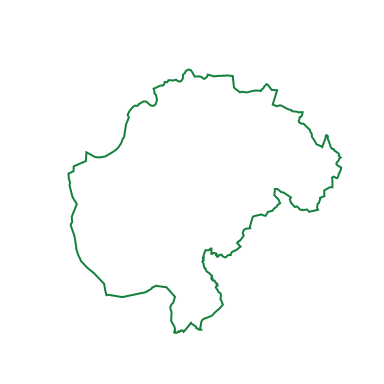 outline of Igabi, Kaduna, Nigeria, rotated 313°
{"feature_id": "59680162B83099166959131", "entity_name": "Igabi", "entity_type": "district", "adm_level": 2, "iso_a3": "NGA", "parent_name": "Nigeria", "parent_adm1": "Kaduna", "projection": "mercator", "projection_center": [7.565, 10.746], "detail": "fine", "context": "isolated", "style": "outline", "palette": "green", "viewbox_px": 384, "rotation_deg": 313, "n_neighbors": 0, "source": "geoboundaries", "source_scale": "gbopen_adm2", "svg_char_len": 5952}
<svg xmlns="http://www.w3.org/2000/svg" viewBox="0 0 384 384"><g transform="rotate(313 192 192)"><path d="M143.6,264.1L143.7,263.8L144.1,263.5L144.5,263.4L144.2,261.6L144.5,260.2L144.1,258.2L143.9,256.7L144.1,256.1L144.3,255.7L144.5,255.4L144.8,254.8L145.2,253.7L144.8,253.4L146.3,250.5L147.3,249.7L148.1,247.2L148.4,246.9L149.7,247.3L149.7,247.0L150.3,246.0L150.5,246.1L150.7,245.5L151.6,245.5L151.5,245.0L152.2,244.9L152.1,244.5L155.4,242.9L158.6,241.5L159.3,242.2L160.2,243.6L162.1,244.2L162.4,244.7L163.0,244.1L163.9,244.8L163.2,245.5L160.0,248.3L160.7,249.1L160.9,249.1L161.0,249.3L161.4,249.3L161.6,249.2L162.5,249.7L163.2,250.8L163.4,251.4L163.5,252.2L162.8,252.7L162.6,252.4L162.2,252.5L161.9,254.7L162.3,254.7L162.3,254.8L163.9,255.2L164.3,254.9L164.5,254.9L164.6,255.1L164.8,255.3L165.3,255.5L165.6,255.7L165.9,255.9L166.1,256.0L166.3,256.2L166.4,256.5L166.0,257.2L165.9,257.7L166.3,259.8L166.6,260.6L166.9,261.0L167.8,261.3L169.7,261.4L170.7,261.6L171.6,262.4L172.3,263.3L172.8,262.8L175.0,262.2L176.1,262.4L178.0,263.1L179.7,264.0L183.8,264.5L185.1,264.8L185.5,259.8L187.7,259.6L188.1,260.2L190.9,260.1L195.2,259.7L195.9,258.7L196.5,257.2L196.7,256.9L199.8,255.8L201.8,256.4L205.2,259.3L206.1,258.0L214.2,253.9L214.3,253.8L216.1,253.5L222.9,258.1L223.8,260.5L224.8,262.1L229.2,261.1L233.4,263.7L235.0,263.3L238.9,263.8L241.4,263.5L243.8,264.1L245.5,260.5L245.8,254.4L250.7,250.6L252.5,252.5L252.8,257.4L254.0,259.2L255.5,268.1L253.3,268.6L251.7,271.7L251.2,277.5L253.0,278.6L253.1,280.2L252.8,282.1L253.0,283.7L254.3,284.8L254.4,285.6L257.7,288.1L257.4,291.2L260.0,292.9L264.8,296.3L265.7,294.3L268.7,292.1L269.5,292.1L270.1,292.4L274.3,290.6L275.0,289.6L279.3,291.7L279.6,291.2L283.3,287.6L289.4,289.5L291.2,291.5L296.9,286.1L298.1,284.6L300.0,285.2L300.3,286.9L300.7,288.3L301.2,288.7L302.0,288.6L302.8,288.4L304.8,287.4L305.2,286.9L305.9,286.9L306.5,286.8L307.3,286.6L309.3,285.7L310.3,285.5L310.7,285.2L310.9,284.8L311.5,284.5L311.5,283.8L311.7,283.3L311.1,282.4L310.7,279.9L310.8,278.7L312.0,277.8L314.8,277.8L315.9,277.3L317.2,277.0L318.2,277.2L318.0,276.8L318.1,276.4L318.5,276.2L318.6,275.6L318.7,274.5L319.2,274.3L319.6,274.3L319.8,273.8L320.0,273.2L320.1,272.6L320.1,271.7L319.8,271.2L319.7,270.7L319.8,269.6L319.6,269.1L319.5,268.5L319.3,268.1L319.3,267.8L319.7,267.5L319.9,267.1L320.0,266.6L319.9,266.2L319.7,265.8L319.3,265.5L319.2,265.2L319.3,263.4L320.0,261.9L322.6,257.2L323.0,255.7L325.5,253.1L325.4,251.7L325.1,251.4L324.3,251.6L322.7,252.8L313.6,256.6L313.5,255.7L313.5,254.8L313.0,253.9L312.7,252.8L312.3,252.1L311.8,250.5L313.4,245.7L314.1,242.2L316.4,239.6L316.4,238.5L317.1,237.0L317.9,235.7L317.8,234.4L317.9,233.2L317.8,230.7L318.1,228.1L317.7,226.4L316.6,225.5L316.3,224.2L316.1,222.6L317.0,221.4L318.5,220.9L320.3,219.7L321.4,220.4L323.3,220.1L325.8,218.5L324.6,217.1L322.7,215.5L322.6,214.4L319.3,210.1L319.6,208.5L318.2,206.3L316.0,198.0L315.1,197.0L312.6,195.6L311.0,191.4L324.5,184.9L321.0,180.6L321.7,176.8L322.1,174.8L321.8,173.0L318.2,172.9L316.5,173.5L314.0,172.9L312.9,173.5L311.8,171.9L310.0,169.8L309.3,169.0L307.5,167.6L305.8,166.4L302.8,164.7L301.1,162.7L299.4,160.1L297.6,159.2L297.4,156.9L297.2,154.6L297.0,153.3L297.1,152.7L297.1,151.4L304.6,142.7L300.6,137.4L299.0,136.5L298.7,135.7L296.6,134.0L295.5,132.6L291.3,129.0L291.3,128.5L288.6,123.5L286.4,124.4L283.4,124.1L282.6,122.7L282.6,120.8L282.3,119.7L281.5,118.4L278.5,115.5L278.2,115.3L279.9,110.1L280.3,107.8L279.1,105.9L276.4,104.9L274.1,105.7L271.6,105.4L269.6,107.2L268.7,107.9L267.4,108.2L265.0,108.2L264.0,107.1L263.8,106.5L263.4,106.0L263.5,105.7L263.4,105.1L263.4,104.9L263.3,104.1L263.1,103.7L262.8,103.5L261.9,103.0L261.0,102.2L260.8,102.2L260.0,101.4L258.5,99.3L257.5,98.5L256.6,98.9L255.3,98.9L253.9,97.0L252.0,98.1L250.1,98.2L248.3,96.3L242.6,94.1L241.4,93.4L239.9,95.9L238.6,97.2L238.5,99.4L237.4,100.8L235.5,103.7L232.9,104.8L231.5,105.6L229.8,105.3L228.4,104.8L227.0,102.4L227.0,96.9L225.1,94.7L220.0,93.2L217.9,93.5L216.3,91.4L214.2,90.8L211.3,90.9L208.5,91.1L204.6,92.3L203.3,95.1L196.6,97.6L190.6,101.6L186.0,104.8L183.6,105.1L179.5,106.9L174.1,107.8L170.8,107.6L167.2,106.8L158.8,104.3L154.0,100.6L151.4,97.2L150.5,93.2L149.0,87.7L142.3,93.3L130.1,88.0L126.4,91.2L121.2,89.1L117.4,93.3L115.8,96.4L113.2,98.0L106.8,108.1L104.6,116.0L91.9,120.9L88.3,124.9L86.3,125.2L84.9,126.0L80.8,133.9L79.1,136.8L72.5,145.2L71.7,145.7L69.4,149.9L68.7,150.9L66.6,156.3L65.8,157.6L65.2,167.3L65.8,175.4L64.9,190.4L60.9,195.6L58.2,199.8L59.9,201.1L67.6,212.7L87.0,226.4L93.2,228.3L95.0,228.1L98.1,229.4L98.8,229.5L102.4,234.8L104.9,238.2L103.8,251.0L98.2,253.8L95.7,253.7L93.2,254.5L91.3,256.6L90.3,258.9L83.6,264.6L81.4,271.2L79.9,273.4L79.3,273.4L79.0,273.8L78.8,274.5L78.4,274.7L77.9,274.4L77.4,274.4L77.1,274.9L77.3,275.4L77.7,275.9L78.2,276.1L78.5,276.6L78.9,277.0L79.7,277.3L80.1,277.3L80.7,277.1L81.1,277.2L81.2,278.2L81.4,278.3L82.7,278.4L83.1,278.3L83.6,278.7L84.4,280.0L84.1,280.5L84.0,281.2L90.1,281.0L95.6,280.5L95.4,281.7L96.2,286.0L96.0,287.1L95.5,287.6L95.4,288.3L95.9,288.8L96.0,290.8L96.7,291.6L96.9,292.1L97.5,292.6L97.6,291.8L98.1,290.7L98.7,290.3L99.5,290.1L102.1,288.2L103.2,287.5L104.5,287.0L105.4,286.8L107.0,287.2L108.8,287.8L110.6,288.9L112.7,289.7L113.8,290.4L115.0,290.9L119.3,290.9L122.9,291.2L125.4,291.6L126.7,291.5L127.8,291.5L130.7,291.4L131.2,290.3L131.4,289.7L132.0,288.9L132.5,287.7L132.5,287.2L132.8,286.2L133.5,285.6L135.0,284.7L135.3,284.3L135.9,283.9L136.5,283.2L136.7,282.9L137.3,281.9L137.4,281.4L136.9,280.1L136.9,279.6L137.2,278.9L137.6,278.2L137.8,277.7L138.0,276.1L138.1,275.7L138.3,274.8L139.2,274.3L139.1,274.2L139.4,274.1L139.6,274.1L139.9,274.2L140.3,274.2L141.1,274.5L142.0,273.1L141.6,273.0L141.4,272.8L141.9,271.7L142.2,269.7L142.5,269.2L141.8,268.0L142.2,267.9L141.9,266.9L141.6,266.9L141.7,266.2L142.1,265.8L141.8,265.6L141.9,265.3L142.2,265.4L142.3,265.1L142.9,265.3L142.9,264.8L143.3,264.8L143.3,264.6L143.5,264.5L143.6,264.1Z" fill="none" stroke="#15803d" stroke-width="2"/></g></svg>